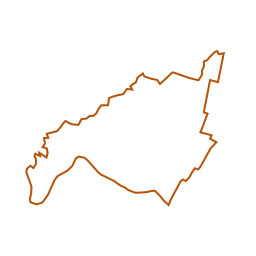 outline of Cruzeiro do Sul, Rio Grande do Sul, Brazil, rotated 103°
{"feature_id": "56859067B99028252203396", "entity_name": "Cruzeiro do Sul", "entity_type": "district", "adm_level": 2, "iso_a3": "BRA", "parent_name": "Brazil", "parent_adm1": "Rio Grande do Sul", "projection": "mercator", "projection_center": [-52.031, -29.551], "detail": "fine", "context": "isolated", "style": "outline", "palette": "amber", "viewbox_px": 256, "rotation_deg": 103, "n_neighbors": 0, "source": "geoboundaries", "source_scale": "gbopen_adm2", "svg_char_len": 1548}
<svg xmlns="http://www.w3.org/2000/svg" viewBox="0 0 256 256"><g transform="rotate(103 128 128)"><path d="M211.2,191.0L195.0,187.8L190.8,185.9L183.1,177.4L177.6,173.8L174.0,173.0L169.3,171.9L167.0,169.7L166.7,164.0L168.6,160.1L178.3,146.4L179.6,143.3L182.7,130.0L185.8,122.3L186.9,117.0L188.3,114.2L189.0,109.9L189.4,106.5L188.5,102.7L186.4,95.7L184.5,91.8L183.0,87.9L187.1,81.3L190.5,77.1L193.9,71.1L188.3,70.2L182.4,68.7L175.4,66.7L168.0,64.7L165.8,62.8L166.7,59.8L161.7,56.9L156.6,55.6L152.2,53.7L152.6,50.4L149.4,48.7L146.4,47.9L141.7,46.5L135.4,44.7L129.2,42.9L121.9,38.7L120.0,45.6L116.3,44.9L115.9,56.4L96.1,53.7L95.7,57.7L62.8,58.8L63.1,50.7L33.6,51.5L35.7,56.0L33.0,58.4L34.7,60.8L37.3,62.3L40.8,64.6L44.0,66.0L46.2,69.0L50.9,67.9L55.1,68.8L59.0,67.9L62.1,68.8L65.6,70.0L65.6,74.5L65.5,78.5L64.7,86.8L64.0,93.1L63.7,97.1L78.0,106.7L74.6,110.4L74.8,116.2L74.0,123.8L71.5,125.8L76.6,130.0L81.8,130.6L84.5,133.4L86.8,135.1L89.6,132.5L90.2,137.8L96.1,140.3L98.4,145.4L100.4,149.1L103.0,153.2L110.3,152.6L111.9,159.1L116.3,161.1L120.7,162.1L123.8,164.3L125.1,168.3L128.2,170.6L129.8,175.3L136.1,177.0L137.0,183.2L136.4,186.6L135.2,190.5L138.4,192.3L142.0,193.7L147.0,196.4L152.0,205.9L155.5,203.5L156.7,207.6L162.0,205.4L165.8,206.9L166.2,202.5L170.3,200.7L175.1,200.8L172.1,208.9L175.1,207.4L173.9,212.5L176.7,212.8L178.7,210.8L183.8,209.6L188.3,211.1L186.7,214.5L190.2,217.2L193.6,217.3L206.8,208.9L213.6,207.6L219.4,207.7L222.3,206.2L223.0,200.0L219.9,194.7L216.5,193.2L211.2,191.0Z" fill="none" stroke="#b45309" stroke-width="2"/></g></svg>